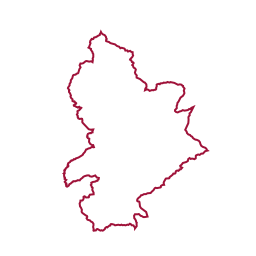 Huamanga, Ayacucho, Peru, rotated 78°
{"feature_id": "86281439B20433553011992", "entity_name": "Huamanga", "entity_type": "district", "adm_level": 2, "iso_a3": "PER", "parent_name": "Peru", "parent_adm1": "Ayacucho", "projection": "natural_earth1", "projection_center": [-74.211, -13.262], "detail": "fine", "context": "isolated", "style": "outline", "palette": "rose", "viewbox_px": 256, "rotation_deg": 78, "n_neighbors": 0, "source": "geoboundaries", "source_scale": "gbopen_adm2", "svg_char_len": 5886}
<svg xmlns="http://www.w3.org/2000/svg" viewBox="0 0 256 256"><g transform="rotate(78 128 128)"><path d="M28.4,134.5L29.6,135.2L30.1,135.9L31.1,136.2L31.6,138.3L32.0,138.9L32.1,139.9L32.5,140.5L32.4,141.4L32.5,142.5L33.7,143.4L33.8,144.1L33.3,145.0L35.0,146.8L36.4,147.4L37.2,147.0L40.6,149.2L41.2,149.9L42.9,147.8L43.6,148.1L46.5,146.9L47.1,147.1L48.4,146.6L51.4,147.2L52.6,148.1L54.1,148.2L56.2,149.0L55.1,150.1L55.0,152.2L53.9,154.5L53.9,155.6L55.3,158.3L55.4,160.0L55.0,161.1L56.6,162.3L58.8,161.8L60.4,163.4L63.8,165.2L64.1,165.7L64.2,167.1L64.9,168.1L64.8,170.1L65.2,170.9L67.8,172.2L69.4,174.0L71.3,174.5L72.8,176.0L74.1,176.2L76.0,178.2L76.6,178.5L78.7,177.5L78.9,177.9L80.6,178.2L82.0,177.5L84.5,177.1L85.2,177.7L86.6,177.5L88.4,176.3L90.0,176.7L90.7,175.9L90.8,175.0L91.3,175.0L91.9,174.2L93.0,173.5L93.3,173.6L93.7,174.3L93.7,174.9L94.4,176.3L95.0,176.3L95.9,174.8L96.7,174.1L97.0,173.3L97.6,172.9L97.7,172.5L97.2,171.9L97.1,171.3L98.3,170.8L98.2,169.9L98.6,169.5L100.5,172.1L100.6,172.9L101.1,174.0L103.0,174.1L104.2,175.2L105.8,174.6L106.7,175.0L107.3,174.6L108.2,174.7L109.1,173.5L109.2,171.5L109.5,171.0L111.1,171.0L112.6,171.5L113.4,171.3L121.0,166.7L121.9,164.9L122.2,162.3L123.5,163.1L123.7,163.5L124.9,163.6L124.9,164.4L125.4,165.4L125.0,165.9L125.2,167.5L125.5,168.5L126.8,169.4L127.6,169.2L128.2,169.9L129.5,169.4L130.4,168.1L133.5,169.0L135.8,168.2L137.4,166.5L137.5,165.6L139.7,165.3L139.7,165.8L139.0,167.3L139.8,169.3L139.8,171.0L140.3,172.6L140.3,173.4L142.6,175.3L143.9,177.2L144.6,177.5L145.2,178.7L146.6,182.6L146.9,185.4L147.4,185.8L147.6,186.7L147.2,187.3L148.2,189.0L147.9,190.1L148.5,190.7L148.5,191.2L149.2,191.7L150.0,193.8L151.2,194.5L151.8,194.2L152.1,194.7L152.7,194.4L153.1,195.1L153.4,194.9L154.5,197.2L155.5,197.8L155.7,198.2L155.6,198.6L156.2,199.1L156.7,198.7L157.7,199.4L158.1,199.3L158.5,199.6L158.9,199.4L159.2,200.2L159.6,199.8L160.6,200.3L162.3,200.5L162.9,200.2L163.3,200.4L163.5,200.0L164.6,200.1L164.8,200.4L165.6,199.6L166.1,199.8L166.2,199.5L167.5,201.1L168.4,200.7L169.1,200.0L169.8,200.3L170.0,199.8L170.4,199.8L170.6,200.4L172.1,200.5L172.6,200.0L172.7,199.5L172.0,197.9L170.7,196.9L170.5,195.7L169.5,194.2L169.5,193.5L168.8,192.9L168.7,192.1L169.2,190.6L168.9,189.6L169.0,189.1L168.6,188.1L169.2,186.1L168.2,185.0L167.1,182.6L166.5,182.0L166.1,180.5L165.9,177.9L166.2,176.1L167.3,175.3L168.1,173.5L167.6,169.9L169.9,168.8L170.8,166.9L172.2,167.5L172.7,168.6L173.3,168.9L173.1,169.9L173.6,170.9L173.5,173.7L173.9,175.3L175.2,175.3L176.0,176.2L177.5,175.7L178.4,175.7L178.6,175.3L179.2,175.0L181.1,175.8L184.1,175.1L185.7,175.4L185.3,179.1L186.6,180.4L187.6,180.7L187.7,181.0L187.2,183.5L185.8,184.6L185.8,185.2L186.2,185.9L187.7,186.0L188.8,186.8L189.4,187.6L189.1,189.6L190.6,190.1L191.7,191.0L194.8,191.2L196.0,190.6L198.5,190.1L199.8,190.7L200.7,190.7L201.7,190.2L204.8,187.4L205.4,186.5L206.5,186.3L207.6,187.3L209.3,186.7L210.5,184.4L211.7,183.8L212.8,182.4L214.5,181.7L216.0,182.0L217.5,182.7L219.8,182.6L220.9,183.1L221.3,183.0L221.5,180.7L220.5,179.7L220.5,178.8L222.6,176.4L222.5,175.1L223.1,174.3L223.0,173.4L221.9,171.5L221.1,171.1L220.4,169.7L220.4,169.3L220.9,168.9L219.5,166.3L219.7,165.6L218.5,164.9L218.6,163.8L219.6,161.8L220.5,160.9L220.6,157.6L221.4,155.9L221.2,154.5L221.9,153.7L222.1,151.9L222.7,150.6L222.4,148.7L222.9,147.7L222.0,146.1L222.8,145.1L223.9,144.7L224.2,143.3L224.6,142.8L225.6,142.6L226.5,141.8L227.6,142.0L225.8,139.9L223.2,139.5L222.5,139.1L221.4,139.6L220.4,139.5L218.8,139.9L217.6,140.6L215.1,140.3L213.8,139.1L214.4,136.5L214.4,135.3L216.6,133.8L216.9,133.0L218.3,131.5L218.6,130.0L218.7,127.3L213.9,127.7L209.1,131.9L207.3,132.6L202.8,132.2L202.3,132.4L201.8,133.7L201.1,134.2L199.7,133.7L198.5,132.2L197.7,130.4L196.5,129.2L196.6,128.0L196.0,126.1L196.4,124.2L195.9,122.6L196.3,119.4L195.3,118.1L194.1,116.0L192.5,114.4L192.2,113.5L192.8,112.2L192.9,108.7L192.8,108.3L191.5,107.8L191.1,106.9L190.9,105.9L191.1,104.5L189.2,104.6L188.1,104.0L185.4,101.6L185.3,101.1L185.8,98.5L185.6,98.0L184.7,97.5L183.1,94.2L182.0,93.1L182.4,91.7L181.8,90.8L180.6,90.4L180.0,89.8L179.8,88.7L180.4,87.6L179.9,86.7L179.2,86.2L179.4,85.0L179.2,84.7L178.1,83.3L176.8,84.8L175.8,84.8L175.1,83.3L173.6,81.6L173.4,78.3L172.8,76.4L170.9,75.5L170.2,74.0L171.3,73.1L171.2,72.2L171.5,70.9L172.3,69.5L171.8,68.1L169.2,67.4L168.9,67.0L168.5,64.9L169.2,63.5L168.3,61.7L168.6,60.0L166.7,57.3L166.6,54.9L166.0,55.4L164.8,55.6L163.5,56.4L161.9,58.9L160.5,60.1L158.7,60.5L156.9,60.6L155.2,61.4L153.8,63.3L153.4,64.5L152.4,65.6L151.2,66.6L149.9,67.0L148.9,68.2L147.7,68.8L146.9,70.3L145.1,71.4L144.4,71.3L143.2,71.6L141.7,72.4L135.8,68.0L132.4,67.0L130.2,66.7L129.4,66.3L128.4,65.0L126.5,64.8L125.7,63.3L121.0,59.6L121.5,61.9L122.4,62.9L122.5,63.5L122.1,64.2L122.9,65.7L122.8,69.0L121.9,70.8L122.4,72.0L122.6,73.2L122.5,73.9L123.1,76.1L122.4,77.6L121.1,78.5L120.1,78.2L118.8,76.2L116.5,75.8L115.6,75.1L113.7,74.4L112.7,73.1L109.2,70.3L107.9,67.5L105.9,65.7L104.6,65.5L103.2,65.7L101.1,64.5L99.3,65.5L98.3,65.4L97.9,66.1L96.8,66.6L96.1,68.2L96.1,70.1L93.5,73.3L91.9,77.0L92.2,77.6L92.1,78.1L91.2,79.9L91.6,80.8L91.4,82.7L91.0,83.6L91.4,84.7L91.1,86.9L91.8,87.8L91.2,88.5L91.3,90.5L91.6,91.0L93.1,91.2L94.5,92.1L95.7,92.3L96.3,93.1L96.1,94.4L96.4,95.2L95.9,96.8L96.2,99.1L95.0,100.0L94.1,101.4L94.6,103.5L93.0,102.8L91.6,101.3L89.1,101.0L87.0,102.1L86.4,103.1L82.6,106.1L80.5,109.1L79.6,109.0L78.4,108.5L76.6,109.5L75.2,109.7L72.5,108.2L71.3,108.6L70.2,109.8L69.6,110.1L68.3,110.1L67.3,110.8L65.9,109.1L65.4,109.0L64.7,109.5L64.2,110.5L62.6,110.7L61.6,111.8L61.1,111.5L59.5,109.1L58.1,107.9L56.8,108.1L54.8,107.7L54.3,108.9L53.0,109.9L53.2,112.1L52.0,112.5L51.7,114.5L50.1,114.7L49.5,115.1L48.2,117.5L48.4,118.9L46.7,119.7L45.5,121.7L43.5,123.3L41.3,127.6L40.1,128.5L38.5,131.3L37.4,131.2L36.5,130.3L35.1,130.7L34.2,130.6L32.3,131.5L31.0,133.3L29.8,134.1L28.4,134.5Z" fill="none" stroke="#9f1239" stroke-width="2"/></g></svg>